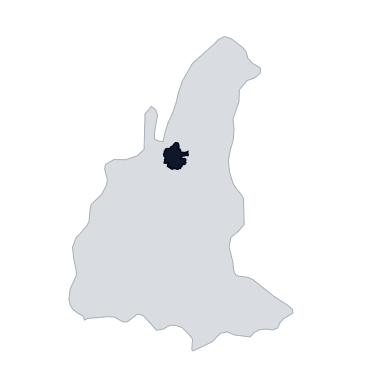 Sabana Grande de Boyá, Monte Plata, Dominican Republic shown in context, rotated 276°
{"feature_id": "3306468B74800067614401", "entity_name": "Sabana Grande de Boyá", "entity_type": "district", "adm_level": 2, "iso_a3": "DOM", "parent_name": "Dominican Republic", "parent_adm1": "Monte Plata", "projection": "robinson", "projection_center": [-69.796, 18.975], "detail": "fine", "context": "in_parent", "style": "filled", "palette": "ink", "viewbox_px": 384, "rotation_deg": 276, "n_neighbors": 0, "source": "geoboundaries", "source_scale": "gbopen_adm2", "svg_char_len": 5692}
<svg xmlns="http://www.w3.org/2000/svg" viewBox="0 0 384 384"><g transform="rotate(276 192 192)"><path d="M53.9,265.0L54.3,248.7L56.6,242.0L54.5,235.0L45.0,227.6L39.1,218.0L34.0,209.6L35.2,208.3L45.6,207.9L49.2,204.8L56.2,196.2L57.6,189.2L57.1,183.9L52.6,177.6L50.8,170.9L56.4,165.1L63.8,156.7L64.8,153.4L64.6,150.2L56.1,141.3L55.5,137.4L59.5,127.8L59.2,121.3L55.3,101.3L53.4,98.4L57.2,96.7L59.7,90.7L63.1,85.4L67.5,82.5L72.5,80.8L82.5,80.9L96.3,85.5L100.2,85.5L113.5,81.3L124.5,78.9L134.9,81.6L139.0,85.2L147.6,90.9L151.9,92.7L165.4,92.5L169.1,93.1L180.4,102.5L190.0,106.3L195.5,106.5L205.5,102.8L210.4,103.0L216.1,111.1L217.2,122.7L221.9,133.2L229.1,139.9L264.9,137.1L272.9,142.7L270.1,147.2L265.1,149.7L248.1,148.6L240.7,149.1L239.2,153.7L239.1,157.9L249.1,159.0L258.8,161.1L268.7,164.5L278.9,166.8L290.2,168.3L301.4,170.8L320.1,179.1L340.8,198.0L346.3,202.3L350.0,208.2L348.3,215.5L340.9,227.4L336.8,231.3L330.7,233.6L326.5,238.5L322.5,246.9L320.0,247.6L317.1,247.2L312.1,242.5L308.6,235.2L298.6,228.4L286.8,229.3L269.3,225.2L258.7,227.2L248.1,227.6L237.3,225.6L226.5,224.9L215.6,227.4L205.1,231.8L201.2,234.6L194.4,241.4L190.8,243.9L165.2,247.3L157.8,242.3L151.0,235.5L141.1,234.6L126.8,239.9L117.9,241.8L114.2,244.1L113.2,246.6L113.1,256.2L111.1,262.0L97.1,283.8L89.2,299.3L86.0,304.0L82.2,305.1L75.4,296.2L71.0,293.0L65.6,291.4L63.3,286.7L63.4,280.0L62.0,273.5L58.7,268.4L53.9,265.0Z" fill="#d9dde1" stroke="#a8b0b8" stroke-width="1"/><path d="M214.9,165.0L214.8,165.3L214.7,165.7L214.7,165.8L214.6,166.0L214.3,166.3L214.2,166.6L214.2,167.1L214.1,167.3L213.7,167.6L213.5,167.9L213.4,168.2L213.3,168.3L213.2,168.4L213.1,168.5L212.9,168.8L212.9,169.0L212.9,169.5L212.7,170.0L212.7,170.3L212.8,170.4L212.9,170.5L213.0,170.6L213.3,170.6L213.5,170.7L213.5,170.8L213.7,171.0L213.7,171.5L213.6,171.8L213.4,172.1L213.3,172.3L213.6,172.7L213.6,172.9L213.6,173.0L213.5,173.5L213.4,174.0L213.3,174.4L213.1,174.7L213.0,174.8L213.2,175.6L213.3,175.7L213.4,175.9L213.6,176.0L214.0,176.3L214.2,176.6L214.4,176.9L214.4,177.0L214.3,177.3L214.1,177.4L214.1,177.5L214.2,177.9L214.3,178.0L214.5,178.1L214.9,177.8L215.0,177.7L215.1,177.8L215.5,177.9L215.6,178.1L215.8,178.4L215.9,178.8L216.0,178.9L216.1,179.0L216.3,179.2L216.5,179.1L216.7,178.9L216.8,178.8L217.0,178.8L217.3,178.9L217.4,179.1L217.5,179.2L217.8,179.6L218.0,179.8L218.3,179.9L218.4,180.0L218.5,180.1L218.7,180.3L218.7,180.5L218.6,180.9L218.6,181.1L218.6,181.3L218.6,181.5L218.8,181.9L219.1,182.2L219.2,182.3L219.4,182.4L219.6,182.5L219.9,182.6L220.3,182.7L220.5,182.8L220.8,182.7L221.0,182.4L221.1,182.1L221.3,181.9L221.5,181.9L221.9,181.9L222.0,182.0L222.3,182.2L222.4,182.4L222.6,182.4L223.0,182.4L223.4,182.4L223.6,182.4L223.8,182.3L223.9,182.2L224.0,182.1L224.2,181.9L224.3,181.6L224.4,181.4L224.4,181.2L224.5,181.0L224.5,180.7L224.4,180.4L224.4,180.2L224.2,179.8L224.2,179.6L224.2,179.4L224.3,179.3L224.4,179.1L224.5,178.8L224.6,178.6L224.7,178.4L224.7,178.1L224.7,177.4L224.8,177.1L224.9,176.9L225.0,176.9L225.3,177.0L225.5,177.3L226.2,177.8L226.3,177.9L226.6,178.4L226.6,178.5L226.8,178.6L227.0,178.8L227.0,179.0L227.0,179.3L227.0,180.0L227.1,180.3L227.3,180.6L227.5,180.8L227.5,181.1L227.6,181.6L227.6,181.8L227.8,182.2L227.8,182.4L228.0,182.7L228.0,182.8L228.0,183.0L228.0,183.3L227.8,183.6L227.8,183.8L227.8,184.0L228.1,184.3L228.3,184.4L228.5,184.4L228.8,184.2L229.1,184.1L229.4,183.9L229.8,183.8L230.1,183.7L230.4,183.6L230.7,183.6L231.3,183.6L231.8,183.6L231.6,183.3L231.5,183.1L231.3,182.8L231.2,182.5L231.1,182.2L230.8,181.8L230.7,181.7L230.6,181.1L230.4,180.8L230.4,180.7L230.4,180.3L230.4,177.6L230.4,177.4L230.4,177.2L230.5,177.1L230.6,176.9L230.8,176.6L231.0,176.5L231.2,176.4L231.4,176.3L231.8,176.3L231.9,176.2L232.2,176.1L232.4,176.1L232.6,176.1L232.8,176.0L232.9,175.9L232.8,175.7L232.7,175.5L232.7,175.4L232.7,175.2L232.8,175.0L232.9,174.9L233.3,174.9L233.5,174.9L233.7,174.7L233.8,174.6L233.9,174.4L233.8,174.1L233.7,174.0L233.8,174.0L233.8,173.9L234.0,173.8L234.3,173.8L234.7,174.0L234.8,174.1L235.3,174.2L235.5,174.2L235.8,174.3L236.0,174.3L236.5,174.1L236.8,173.9L237.0,173.9L237.3,173.8L237.5,173.8L237.8,173.6L238.3,173.5L238.7,173.3L238.8,173.2L239.0,173.1L239.3,172.4L239.3,172.2L239.3,171.9L239.3,171.6L239.2,171.4L239.1,171.2L239.3,170.7L239.3,170.4L238.9,170.0L238.5,169.8L238.1,169.5L238.0,169.4L237.8,169.3L237.4,169.0L237.3,168.9L236.7,168.6L236.1,168.5L235.9,168.4L235.7,167.9L235.3,167.4L235.2,167.1L235.1,166.9L234.9,166.6L234.7,166.3L234.2,166.0L233.6,166.0L233.5,165.9L233.4,165.9L233.1,165.7L232.9,165.5L232.8,165.2L232.7,165.1L232.7,164.6L232.7,163.3L232.7,163.1L232.6,162.9L232.5,162.6L232.4,162.4L232.2,162.1L232.1,161.8L232.1,161.7L231.9,161.4L231.7,161.3L231.2,161.0L230.9,161.0L230.7,161.1L230.4,161.2L230.1,160.9L229.9,160.7L229.7,160.3L229.2,160.4L228.1,160.4L227.8,160.3L227.6,160.3L227.3,160.1L227.1,160.0L226.8,159.9L226.7,159.8L226.4,159.9L226.3,160.0L225.9,160.4L225.8,160.5L225.7,160.5L225.2,160.4L224.9,160.3L224.7,160.4L224.6,160.5L224.5,160.8L224.4,161.1L224.2,161.7L224.1,161.8L223.9,162.0L223.6,162.0L223.4,161.9L223.2,161.8L223.0,161.7L222.8,161.7L222.7,161.8L222.4,161.8L222.0,161.6L221.9,161.6L221.6,161.6L221.3,161.5L221.2,161.4L220.9,161.5L220.6,161.6L220.2,161.7L220.1,161.8L219.8,162.1L219.7,162.2L219.4,162.2L219.3,161.7L219.2,161.5L219.1,161.4L218.6,161.3L218.4,161.3L218.0,161.4L217.9,161.4L217.9,161.5L217.9,161.8L218.0,162.0L218.0,162.3L218.1,162.5L218.0,162.8L218.0,163.0L217.9,163.3L217.9,163.5L218.1,163.8L218.3,163.9L218.5,164.4L218.5,164.6L218.6,164.9L218.5,165.0L218.3,165.4L218.3,165.5L218.2,165.6L217.9,165.6L217.5,165.4L217.3,165.3L217.1,165.1L216.9,165.1L216.5,165.0L215.4,165.0L214.9,165.0Z" fill="#0f172a" stroke="#020617" stroke-width="1.5"/></g></svg>